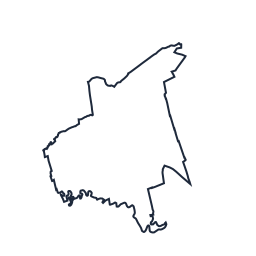 outline of Bucecea, Botosani, Romania, rotated 286°
{"feature_id": "2599482B9229930531525", "entity_name": "Bucecea", "entity_type": "district", "adm_level": 2, "iso_a3": "ROU", "parent_name": "Romania", "parent_adm1": "Botosani", "projection": "natural_earth1", "projection_center": [26.438, 47.768], "detail": "fine", "context": "isolated", "style": "outline", "palette": "slate", "viewbox_px": 256, "rotation_deg": 286, "n_neighbors": 0, "source": "geoboundaries", "source_scale": "gbopen_adm2", "svg_char_len": 5531}
<svg xmlns="http://www.w3.org/2000/svg" viewBox="0 0 256 256"><g transform="rotate(286 128 128)"><path d="M223.1,156.1L222.7,155.3L222.7,154.7L223.3,154.4L223.5,154.1L223.6,153.8L223.5,153.4L222.6,152.9L222.2,152.4L221.3,151.8L220.8,151.0L219.9,150.2L219.7,149.4L219.5,148.5L219.5,147.7L219.3,146.8L218.7,145.9L217.6,145.1L217.3,144.4L215.5,142.4L214.8,141.2L214.2,139.1L209.9,135.9L207.1,134.3L206.1,133.1L204.4,131.7L193.1,123.0L192.5,122.6L182.4,114.9L180.5,113.1L180.0,113.4L177.7,112.6L174.5,110.7L171.4,108.5L170.2,108.1L169.9,107.9L169.1,106.0L168.2,105.1L163.8,103.4L164.2,102.1L164.3,100.5L164.3,100.0L163.6,99.4L163.3,97.6L163.3,96.7L164.1,95.0L164.7,94.4L165.3,94.1L166.4,93.1L167.7,92.6L168.3,91.7L168.6,90.8L168.5,87.8L168.5,85.6L168.3,84.0L166.3,80.6L165.9,80.1L165.1,79.4L162.1,78.0L161.6,77.5L161.3,76.8L157.7,78.9L153.0,80.7L149.0,82.4L138.7,87.2L135.6,88.4L132.2,90.0L131.1,90.5L130.6,90.5L130.3,90.1L130.4,89.4L130.4,88.7L130.2,88.1L129.1,87.2L128.7,86.4L128.8,86.4L128.7,86.2L128.2,85.4L127.2,84.6L126.6,83.6L123.7,80.9L122.8,78.9L122.7,78.2L118.5,79.8L116.8,78.1L115.3,77.1L115.3,76.8L115.0,76.3L113.7,74.6L113.3,73.9L112.2,72.6L111.2,71.4L109.7,70.1L108.6,69.3L107.6,68.4L107.3,67.7L107.3,67.2L106.0,64.9L105.4,64.3L105.3,64.0L105.0,64.0L104.7,63.8L104.1,62.8L103.1,62.8L102.4,62.5L101.4,62.8L100.6,62.5L100.2,62.6L99.7,62.3L99.6,62.2L99.7,61.7L99.5,61.4L99.1,61.2L97.6,60.8L97.5,60.6L97.5,60.3L97.1,60.0L96.8,60.0L96.6,60.2L96.2,61.1L95.2,61.7L93.6,60.7L92.9,60.4L92.2,59.9L92.2,59.3L91.4,59.1L91.5,58.9L92.3,58.7L93.1,58.1L93.2,57.9L93.1,57.6L92.8,57.4L91.6,57.4L90.9,57.5L90.5,57.0L90.7,56.9L90.7,56.7L90.2,56.7L89.8,57.1L89.7,57.0L89.6,56.6L89.1,56.3L89.1,56.5L88.6,56.3L88.5,56.5L87.8,56.3L87.3,55.9L86.6,56.1L86.4,56.0L86.2,55.5L85.5,55.6L85.5,55.4L85.8,54.9L85.6,54.7L85.2,54.4L85.0,54.0L84.7,53.9L84.6,53.6L83.3,53.5L83.2,53.3L83.7,53.0L83.6,52.8L83.3,52.7L83.1,53.0L82.9,53.0L82.8,53.3L82.4,53.6L79.2,55.2L77.1,56.1L77.4,56.6L77.9,57.2L78.9,58.6L74.6,60.7L65.7,66.5L65.1,65.8L64.6,65.7L63.0,66.1L60.7,67.5L60.2,66.8L56.1,69.7L56.2,69.9L57.7,71.0L48.9,75.9L49.5,76.3L46.6,78.3L46.4,78.9L47.2,80.6L48.7,81.7L48.8,82.1L48.7,82.4L47.7,83.4L47.2,84.7L46.7,85.1L45.9,85.3L45.3,85.3L45.1,85.0L45.0,83.5L45.5,82.4L45.5,81.7L45.4,81.7L41.9,85.0L39.4,86.9L41.5,89.8L45.3,87.6L46.0,87.8L46.3,88.5L46.6,88.7L47.8,89.1L48.6,89.0L49.8,88.3L50.3,88.1L50.6,88.1L51.0,88.3L51.3,89.0L51.4,89.4L51.3,89.9L51.1,90.3L50.0,91.5L49.4,91.8L48.5,92.1L47.8,92.0L47.4,91.7L47.1,91.8L46.6,92.4L46.4,92.8L46.5,93.8L46.7,94.4L46.2,95.0L45.7,95.1L45.3,95.0L44.4,94.0L44.2,93.3L44.5,92.4L44.9,91.9L45.2,91.0L45.1,90.5L44.9,90.4L44.5,90.3L44.0,90.4L43.3,91.5L42.5,92.6L40.9,93.6L40.1,93.7L39.6,93.7L38.9,92.9L38.2,92.3L37.9,92.3L37.3,92.7L37.2,93.0L37.3,93.6L37.6,94.0L38.1,94.3L38.7,94.6L40.5,94.8L41.2,94.8L42.0,94.6L43.0,94.6L44.3,95.1L45.0,95.7L45.9,97.0L46.4,97.8L47.2,98.5L49.2,99.1L49.7,99.5L49.9,100.1L49.7,100.3L47.3,101.3L47.0,101.5L47.1,101.9L47.3,102.1L48.5,102.4L50.1,102.3L51.4,102.5L51.9,102.2L52.1,101.9L52.2,100.4L52.3,100.1L53.3,99.8L53.8,99.7L54.2,99.7L54.7,99.8L55.0,100.3L55.8,101.7L55.7,102.7L55.3,103.4L53.9,105.3L53.2,105.7L52.5,106.0L51.9,106.5L51.7,106.9L51.6,107.4L51.9,107.8L52.3,108.0L55.3,107.5L55.9,107.5L56.5,107.9L56.7,108.4L56.8,108.7L56.8,109.2L56.6,109.8L56.1,110.5L55.6,111.0L54.6,111.2L53.2,111.0L52.7,111.0L52.4,111.2L52.2,111.7L51.8,114.5L52.0,116.2L52.0,116.8L51.6,117.3L50.7,117.8L50.6,118.1L51.7,119.3L52.7,120.8L53.1,122.7L52.5,124.5L49.6,123.9L49.1,124.7L52.1,126.4L54.6,129.2L49.4,131.6L49.3,131.9L51.1,134.5L52.8,136.1L52.8,136.6L52.5,137.5L51.8,137.7L49.4,138.8L49.6,140.0L50.1,140.6L52.7,142.0L53.4,142.9L54.9,144.7L55.3,145.4L55.3,146.1L55.0,146.6L54.3,147.3L53.3,148.0L52.7,148.5L51.9,149.7L51.9,150.4L52.4,151.3L54.0,152.5L54.9,153.3L54.8,153.9L54.2,155.0L51.1,156.8L48.8,157.8L47.6,158.0L45.7,157.5L44.7,157.4L44.0,157.9L43.5,159.0L43.2,160.2L42.7,160.9L39.6,163.7L36.9,166.7L35.4,168.2L33.0,169.8L32.4,171.6L32.7,172.4L34.2,173.2L36.3,173.5L37.8,173.6L39.1,173.8L39.7,174.1L40.0,174.7L39.7,175.3L39.0,175.7L35.4,177.1L34.7,177.7L34.4,178.5L34.3,179.2L34.4,180.6L34.8,181.7L35.0,182.0L38.8,185.2L39.1,186.0L39.4,187.5L40.2,188.7L41.6,190.1L42.4,190.7L43.0,191.0L44.3,191.3L46.0,191.4L47.0,190.8L47.6,190.3L47.2,190.1L46.8,189.8L46.2,190.0L45.7,189.8L44.6,188.3L44.2,187.7L43.1,186.7L42.4,185.6L42.2,184.5L42.7,183.5L42.9,182.9L44.8,181.3L45.3,180.7L45.1,180.2L44.9,180.0L43.8,179.5L43.4,179.2L42.6,178.9L42.3,178.7L42.1,178.3L42.2,177.9L41.7,177.0L41.8,176.7L42.0,176.4L42.5,176.2L43.7,176.0L44.4,176.6L44.9,176.8L47.1,177.1L47.6,177.1L49.3,176.3L49.7,176.0L49.9,175.0L49.5,174.1L50.5,173.5L51.7,176.2L52.9,175.6L54.5,175.5L55.0,175.3L55.7,174.8L56.3,174.2L59.6,172.5L74.8,164.0L77.4,167.4L77.0,167.6L78.7,170.0L84.8,177.8L94.0,173.7L95.2,173.3L97.0,173.1L97.9,172.8L101.9,173.5L101.6,179.0L100.9,182.5L100.1,184.4L99.2,186.5L95.7,193.6L91.3,203.3L93.2,202.1L96.3,199.8L98.3,198.7L102.2,196.2L110.6,190.3L112.8,192.1L113.3,191.8L113.6,192.0L115.4,190.4L115.2,190.2L129.3,180.4L129.1,180.2L129.3,180.0L129.1,179.7L136.4,175.0L136.5,175.1L139.8,173.0L139.6,172.9L140.3,172.5L140.2,172.4L151.5,165.2L151.2,164.9L162.8,158.8L166.6,156.5L166.5,156.3L168.0,155.3L168.6,154.7L169.2,154.3L169.8,154.4L170.5,153.9L172.3,154.8L182.1,149.9L190.0,158.5L192.2,156.6L192.6,156.0L193.6,155.2L194.2,154.5L196.4,157.8L198.5,158.4L211.6,163.2L212.9,163.5L213.4,159.8L213.2,154.7L213.6,151.7L217.9,153.0L219.8,157.0L222.9,156.2L223.1,156.1Z" fill="none" stroke="#1e293b" stroke-width="2"/></g></svg>